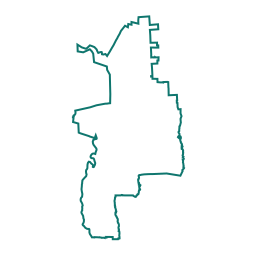 Kota Binjai, Sumatera Utara, Indonesia, rotated 358°
{"feature_id": "22746128B66679629138785", "entity_name": "Kota Binjai", "entity_type": "district", "adm_level": 2, "iso_a3": "IDN", "parent_name": "Indonesia", "parent_adm1": "Sumatera Utara", "projection": "equal_earth", "projection_center": [98.479, 3.6], "detail": "fine", "context": "isolated", "style": "outline", "palette": "teal", "viewbox_px": 256, "rotation_deg": 358, "n_neighbors": 0, "source": "geoboundaries", "source_scale": "gbopen_adm2", "svg_char_len": 5735}
<svg xmlns="http://www.w3.org/2000/svg" viewBox="0 0 256 256"><g transform="rotate(358 128 128)"><path d="M142.4,17.6L142.0,20.9L142.0,24.1L135.2,22.2L135.1,24.9L131.9,24.1L131.4,27.3L128.6,25.7L124.3,30.8L123.0,33.5L121.0,36.7L120.3,38.1L119.2,39.7L116.4,44.8L114.7,47.4L112.6,50.8L109.6,55.3L108.1,53.3L105.8,53.7L104.6,53.4L104.6,52.3L104.3,51.2L103.1,51.2L100.9,51.9L100.0,50.2L99.4,48.4L97.3,46.0L95.1,45.0L92.8,44.1L90.0,46.6L88.6,47.3L84.6,45.8L80.4,42.9L80.4,49.7L85.9,50.8L92.6,48.0L94.5,50.1L95.8,52.4L96.4,61.0L109.0,65.8L109.2,69.2L111.7,74.0L111.5,93.7L111.0,102.6L109.4,102.7L108.0,102.9L106.1,102.9L97.3,104.2L90.9,106.0L75.9,108.8L76.1,111.1L75.8,112.2L75.1,113.1L74.6,113.3L74.3,113.4L74.1,113.6L73.9,113.8L73.9,114.0L74.1,114.1L73.6,115.2L73.9,115.2L73.8,115.4L73.5,115.4L73.6,115.9L73.9,116.1L73.3,120.1L78.5,121.8L78.6,130.9L80.1,131.6L88.9,134.8L89.3,135.1L94.3,136.9L94.9,135.7L95.5,134.2L96.4,137.1L96.1,137.8L95.2,137.9L93.0,138.6L92.3,140.4L92.5,142.3L93.0,143.6L95.6,147.3L95.8,148.0L95.8,148.8L94.9,150.9L94.4,152.8L93.0,152.3L92.2,152.3L91.4,152.6L90.6,153.3L90.1,154.0L89.6,155.0L89.7,156.1L90.1,156.6L90.8,156.9L92.0,157.0L92.5,157.2L92.6,157.3L93.0,158.0L93.5,160.3L93.9,161.3L94.0,162.2L93.6,163.7L92.4,165.8L91.9,165.9L91.5,165.7L91.5,165.3L91.7,164.8L91.7,164.0L91.5,163.4L89.9,162.1L89.5,161.5L88.9,160.7L87.7,160.3L86.8,161.3L86.4,162.6L86.2,163.5L86.0,166.7L85.6,167.6L84.8,168.5L84.5,169.7L84.6,171.7L85.0,172.8L84.5,174.7L83.2,175.9L80.9,178.3L80.5,179.1L80.5,179.9L80.3,180.5L80.3,181.3L80.2,182.1L80.0,182.5L79.8,184.8L79.4,187.5L79.6,189.5L80.1,192.4L79.7,195.1L78.8,196.0L78.2,197.4L78.2,199.1L79.5,201.7L79.9,203.3L80.0,204.0L79.6,204.5L79.4,205.2L79.5,206.1L79.5,207.0L79.3,208.2L79.4,208.6L78.7,209.9L78.5,210.6L78.7,211.6L79.4,212.9L80.1,214.4L80.3,216.8L80.8,218.0L80.6,220.1L80.2,221.2L79.3,222.6L79.3,223.1L79.7,223.8L80.3,224.1L81.9,226.3L83.7,227.4L85.5,227.5L85.8,227.9L85.9,228.6L85.8,231.1L86.2,232.6L87.6,234.9L88.1,236.0L89.7,236.1L90.6,236.2L90.7,235.9L95.6,236.3L95.8,236.2L96.1,236.4L97.3,236.5L97.7,236.8L100.2,236.8L100.7,237.0L100.7,236.8L101.1,236.7L102.9,236.8L103.1,236.5L102.9,236.3L102.8,236.1L108.9,236.4L108.9,238.6L114.1,238.8L114.3,238.2L115.0,238.2L115.0,237.9L115.7,237.9L115.7,236.4L115.5,235.1L115.7,233.9L115.8,233.0L115.8,232.4L115.7,231.4L115.7,231.0L115.6,230.8L115.1,230.7L115.2,230.3L115.3,230.2L115.4,229.3L115.2,229.3L115.2,228.5L115.0,227.7L115.0,226.9L115.2,226.3L115.4,226.1L115.5,225.8L115.5,224.1L115.1,222.8L114.6,222.4L114.6,221.9L114.5,221.6L114.5,221.3L114.3,220.7L114.6,220.0L114.6,219.4L114.6,218.6L114.1,218.0L114.0,217.3L113.8,216.9L113.6,216.8L113.4,215.9L113.2,215.6L112.8,215.3L112.4,214.2L112.4,213.4L112.5,213.0L112.4,212.4L112.5,212.1L112.9,212.2L113.1,212.1L113.0,211.5L113.1,211.2L113.3,211.1L113.4,210.9L113.1,210.7L113.0,210.3L113.1,209.3L112.9,208.8L112.9,208.5L112.7,208.1L112.6,207.4L112.3,206.8L112.5,206.4L112.5,206.2L112.2,205.6L112.4,205.5L112.3,204.9L112.3,204.5L112.1,203.6L112.2,202.2L112.0,201.4L112.0,200.1L112.5,198.3L112.5,197.5L112.6,197.1L112.7,196.7L113.2,196.3L113.2,194.9L118.7,195.1L119.1,194.7L120.1,194.8L120.5,195.2L121.4,195.1L121.9,195.2L130.6,195.5L130.7,195.8L132.8,197.1L133.5,197.0L133.9,196.1L134.2,195.7L134.6,195.7L135.2,194.6L135.6,194.7L135.8,194.7L136.0,194.6L136.2,193.9L136.5,193.1L136.6,191.6L137.0,190.4L137.3,190.5L137.5,190.2L137.9,190.1L138.0,189.7L137.9,189.5L137.3,188.9L137.3,188.4L137.2,188.2L137.2,187.0L137.1,186.8L137.1,186.6L137.3,186.1L138.0,186.4L138.4,185.6L137.8,185.1L137.5,184.6L136.9,184.7L137.0,183.8L136.7,183.9L136.6,183.3L136.5,182.6L136.3,180.1L136.7,179.8L136.6,179.3L136.9,178.9L137.1,178.7L137.3,178.3L137.2,177.4L137.0,176.6L137.0,176.0L137.2,175.7L137.7,175.4L138.1,175.5L139.0,175.4L139.4,175.2L142.5,174.9L147.0,174.8L151.1,174.9L165.0,174.8L178.7,177.5L181.1,172.9L181.0,172.4L180.8,172.0L182.3,170.5L182.2,170.4L182.3,170.2L182.1,170.2L182.0,169.8L182.1,169.7L182.0,169.3L182.1,168.8L182.3,168.4L182.3,167.9L182.1,167.8L182.2,167.1L182.1,166.7L182.0,165.1L181.7,164.5L181.9,163.2L181.7,162.1L181.9,162.2L182.0,161.9L182.4,161.4L182.5,161.1L182.7,160.7L182.5,160.4L182.3,159.8L181.7,159.4L181.8,159.0L182.1,158.9L182.4,158.5L181.8,157.9L181.6,157.3L181.6,157.1L182.1,156.3L182.1,154.8L182.3,154.7L182.3,154.3L182.1,153.6L182.2,153.1L182.3,153.0L182.3,152.5L182.2,152.4L182.0,151.4L180.9,150.8L180.9,150.5L180.9,150.0L180.9,149.6L181.3,149.6L181.3,149.2L181.6,149.0L181.9,148.4L181.8,148.2L181.4,148.3L181.3,148.2L181.0,148.3L181.0,148.0L181.4,147.9L181.4,147.4L181.2,146.9L181.2,146.7L181.4,146.2L181.0,145.3L180.7,145.2L180.3,144.3L180.3,143.5L179.8,142.6L179.9,141.3L180.2,140.5L180.5,140.0L180.5,139.0L180.2,138.4L179.9,138.5L179.7,139.1L179.5,139.4L179.2,139.5L179.1,139.9L179.0,140.1L178.7,139.7L178.4,139.7L178.0,139.3L177.6,138.9L177.9,138.3L178.8,138.1L178.7,137.6L179.2,137.1L179.2,135.5L178.5,134.6L178.3,133.8L178.6,133.3L179.1,132.9L179.2,130.6L179.5,129.8L179.3,128.8L179.6,127.9L180.0,127.7L181.0,124.3L180.9,123.0L180.8,120.7L181.9,118.0L181.0,115.2L181.2,111.0L179.0,111.1L178.3,108.8L178.3,104.7L177.7,104.5L177.7,102.2L178.1,102.1L178.0,96.6L169.8,96.7L169.9,89.5L169.8,89.0L169.8,83.5L169.0,83.3L164.9,83.3L164.8,83.8L163.8,83.6L163.5,83.6L162.3,83.6L159.1,83.2L159.1,79.9L154.2,79.7L154.2,77.4L152.9,77.4L152.9,77.0L154.2,77.1L154.2,74.4L154.1,68.7L153.9,64.7L159.6,64.6L159.7,61.6L160.8,61.6L161.0,58.4L160.9,58.4L160.9,58.5L158.1,58.4L157.8,58.2L157.8,58.4L156.5,58.4L156.5,58.2L155.0,58.3L154.8,58.2L153.7,58.3L153.7,56.0L153.8,55.5L153.7,48.4L161.1,48.7L161.1,46.5L159.9,46.4L160.0,43.7L153.5,43.6L153.5,36.0L153.3,30.7L161.7,30.4L161.6,25.4L153.4,25.8L153.1,17.2L142.4,17.6Z" fill="none" stroke="#0f766e" stroke-width="2"/></g></svg>